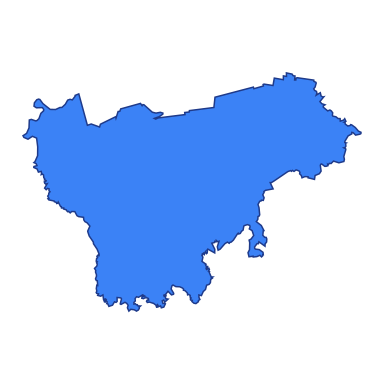 Tempoal, Veracruz, Mexico (Robinson projection)
{"feature_id": "50627088B37050079543362", "entity_name": "Tempoal", "entity_type": "district", "adm_level": 2, "iso_a3": "MEX", "parent_name": "Mexico", "parent_adm1": "Veracruz", "projection": "robinson", "projection_center": [-98.337, 21.55], "detail": "fine", "context": "isolated", "style": "filled", "palette": "blue", "viewbox_px": 384, "rotation_deg": 0, "n_neighbors": 0, "source": "geoboundaries", "source_scale": "gbopen_adm2", "svg_char_len": 5960}
<svg xmlns="http://www.w3.org/2000/svg" viewBox="0 0 384 384"><path d="M128.9,311.1L130.8,309.3L134.3,309.8L136.5,311.1L138.4,310.0L139.3,308.4L139.2,307.2L140.5,306.0L138.0,305.9L137.3,304.7L136.4,304.8L135.3,303.7L134.0,304.1L133.9,302.4L135.3,301.0L135.1,298.5L136.6,296.7L138.5,297.3L142.7,294.8L144.8,296.1L142.1,296.6L141.8,298.3L143.6,298.7L144.7,297.9L146.8,297.8L148.4,298.5L148.6,300.1L147.3,300.0L146.5,301.2L147.3,302.5L149.4,302.1L153.6,303.4L155.9,305.1L156.6,307.2L157.4,307.1L156.9,305.3L157.5,304.6L158.7,306.6L160.6,305.9L161.3,307.8L163.8,307.1L165.4,303.8L164.8,303.3L162.9,303.5L162.2,300.8L163.7,300.0L164.8,302.1L168.1,299.1L165.8,298.7L165.4,297.6L165.9,295.8L164.2,296.4L163.8,295.2L165.5,294.5L168.0,291.3L171.5,294.9L173.5,294.3L173.7,293.3L171.1,288.9L172.0,285.7L173.0,285.0L175.8,286.6L179.8,286.8L182.6,288.1L183.5,289.0L183.4,290.2L185.1,290.7L187.3,292.9L187.6,294.8L188.4,294.4L190.2,295.4L190.1,297.1L191.1,298.0L190.3,298.9L190.6,300.0L192.3,300.4L191.9,301.5L193.9,303.2L195.9,303.6L198.4,301.7L198.4,300.6L199.9,299.5L199.0,297.5L198.9,295.0L201.4,295.6L203.3,291.5L205.5,289.5L206.6,285.2L209.1,284.4L210.4,282.7L210.7,279.4L212.2,278.3L211.6,277.9L212.8,277.0L211.2,276.9L209.2,272.3L209.5,271.6L208.4,271.1L209.4,269.6L208.9,268.3L206.6,269.5L206.1,268.7L206.3,267.7L207.6,268.4L207.7,266.5L206.3,266.3L205.5,264.7L206.0,264.2L202.0,261.4L202.9,257.2L201.9,255.3L202.9,254.7L203.2,254.0L202.6,253.8L203.7,253.0L204.4,254.3L205.4,251.7L206.5,253.6L207.2,253.0L207.4,250.8L206.9,250.3L207.8,249.1L214.7,252.9L214.8,249.3L211.8,243.2L214.6,242.5L214.7,241.4L216.0,241.8L216.2,240.4L217.7,241.7L219.0,241.3L217.3,246.8L218.1,250.2L220.1,249.2L224.9,243.7L227.4,242.1L229.2,243.3L230.0,242.3L231.2,242.1L233.4,240.1L237.4,234.0L238.2,233.2L238.7,234.0L240.3,233.4L241.5,231.3L243.1,230.1L243.8,226.1L244.4,225.6L247.4,224.6L249.7,225.4L250.1,226.9L249.3,228.9L252.1,230.6L253.7,235.5L251.1,239.0L249.1,240.1L249.7,242.7L249.5,249.7L248.0,252.7L249.0,256.8L253.1,256.2L253.2,257.0L256.9,256.6L259.9,255.3L261.5,256.9L262.6,255.9L262.7,254.8L263.3,254.8L263.0,252.3L259.3,249.6L255.4,249.1L254.7,248.4L254.6,246.9L257.1,243.6L258.4,243.7L258.9,241.8L265.0,246.2L265.1,243.9L266.6,242.0L266.8,239.0L266.2,237.4L264.7,237.3L262.8,235.3L263.3,230.5L263.9,230.5L261.3,225.5L256.3,221.6L257.8,219.5L258.0,216.5L259.2,216.0L259.7,214.8L259.0,207.6L258.0,204.4L259.7,201.3L261.3,200.8L261.4,200.2L263.3,200.4L264.1,197.8L262.8,194.8L264.1,192.4L263.9,191.5L265.6,190.3L273.1,188.9L270.2,182.6L271.4,182.6L274.0,181.0L287.8,171.6L290.6,170.6L291.4,171.3L292.4,170.4L294.0,171.4L296.1,169.9L299.0,170.9L299.9,172.3L299.6,173.8L301.3,175.5L302.0,177.8L304.9,176.6L307.4,176.7L308.2,176.9L308.1,177.8L314.5,179.4L315.1,175.5L319.4,173.7L321.1,171.1L320.3,165.3L320.8,164.2L321.7,164.0L324.7,166.3L326.1,166.3L327.9,165.7L327.7,164.4L328.2,164.8L329.3,163.4L331.1,163.5L333.5,161.1L338.9,162.8L343.9,161.5L344.4,159.3L343.8,156.6L345.8,149.6L345.6,148.7L343.9,147.8L345.1,147.5L345.9,146.2L345.6,143.1L346.1,142.9L344.8,142.5L344.9,141.3L348.1,135.9L351.8,133.9L351.8,132.4L353.1,132.6L355.6,135.1L359.9,134.2L360.9,133.6L361.0,132.3L358.4,131.1L355.3,127.5L351.7,124.9L350.7,124.6L350.1,125.5L347.8,126.0L345.2,124.0L345.1,122.5L344.1,122.2L345.9,121.3L344.7,118.7L343.6,120.1L340.3,121.1L340.1,118.6L338.0,118.5L336.0,116.8L332.8,116.1L332.4,115.3L332.7,112.8L331.3,110.9L329.9,110.0L327.7,110.9L323.3,107.2L323.3,105.9L325.0,104.8L321.8,103.7L319.9,101.6L323.8,96.8L322.8,97.0L321.1,96.0L320.3,92.7L316.2,95.2L316.9,93.2L316.5,91.4L314.6,90.4L313.7,88.8L315.1,87.1L316.2,83.1L315.9,82.3L313.9,81.4L313.8,80.1L297.1,77.7L296.0,78.3L295.8,80.0L294.6,80.0L295.0,76.0L293.1,75.7L292.1,74.1L286.4,72.9L286.5,76.4L283.4,75.9L283.3,79.7L274.3,78.1L273.0,85.5L264.0,84.1L263.1,84.5L263.4,86.0L253.9,88.7L253.4,87.1L215.0,97.2L213.9,107.5L189.4,110.6L189.2,112.0L184.7,112.5L185.0,114.6L158.3,117.9L155.7,119.1L154.3,118.4L159.1,116.7L162.8,114.2L162.9,113.1L160.4,112.3L156.0,113.1L152.3,112.2L144.0,104.8L142.9,104.6L142.1,105.7L140.5,103.4L120.7,108.9L119.8,111.3L118.1,111.5L116.0,118.1L115.7,116.7L100.4,124.2L99.6,127.0L91.2,124.0L87.4,125.3L78.8,93.9L75.1,95.4L75.1,96.3L72.3,99.9L70.0,99.3L67.7,100.1L65.3,104.3L62.0,107.4L59.9,107.5L55.6,109.5L50.2,109.4L42.9,103.6L39.9,99.5L38.6,99.1L36.8,99.7L34.4,102.8L34.0,106.2L36.4,107.8L42.4,107.6L43.7,109.4L43.6,110.8L40.9,113.3L38.9,118.7L36.9,120.6L35.7,120.9L31.3,119.4L29.3,120.0L29.0,127.9L26.6,133.4L23.0,135.7L23.9,137.4L28.0,139.2L32.4,136.3L36.6,138.1L37.7,146.9L37.6,155.7L35.0,161.6L33.9,162.6L36.1,163.6L37.0,165.6L33.9,166.5L33.8,167.5L37.1,169.0L38.4,172.1L41.2,171.4L41.6,173.0L41.2,174.6L42.5,174.1L43.5,174.9L43.8,177.7L44.8,179.0L44.4,179.9L46.1,180.6L45.8,181.4L44.3,181.9L44.7,183.2L45.7,184.1L47.2,183.7L44.6,188.1L46.2,189.7L47.6,188.4L49.1,188.9L49.0,190.8L50.0,191.8L48.8,193.1L48.6,194.9L47.7,196.1L48.9,198.3L47.9,198.7L48.8,199.9L54.1,201.0L54.3,201.7L56.3,202.4L56.7,203.5L57.6,203.3L58.2,202.0L60.5,206.4L61.3,206.6L61.5,208.0L63.7,208.0L63.6,209.0L66.2,209.8L67.2,211.3L67.9,211.8L68.6,211.4L70.2,212.9L71.7,211.5L74.8,211.6L77.0,215.7L78.6,216.6L83.5,217.3L83.8,219.9L84.9,221.6L87.1,222.8L89.9,226.1L87.7,231.1L87.9,232.1L89.2,236.0L93.3,242.0L93.5,243.8L97.1,249.2L99.1,254.1L99.0,256.4L98.4,254.7L96.9,256.3L97.6,257.7L96.6,258.5L96.2,261.2L97.3,261.8L96.5,262.8L97.3,264.0L96.8,266.1L94.5,268.4L95.8,270.6L95.5,272.0L96.4,274.5L96.5,276.1L95.5,278.9L96.3,280.5L97.3,280.7L97.7,285.5L96.8,285.2L96.3,288.6L96.8,291.1L96.2,292.5L96.7,293.4L98.5,293.8L97.7,295.4L100.7,296.2L102.9,294.9L103.5,299.3L104.7,299.1L103.8,300.1L104.5,301.9L105.3,302.0L105.5,299.8L106.2,299.8L106.0,300.5L107.2,301.9L106.7,303.6L107.7,303.8L108.9,306.4L112.5,305.2L114.5,301.8L116.0,302.4L117.1,301.5L117.1,297.5L120.8,297.9L121.5,298.9L120.2,303.9L121.0,304.4L125.0,302.3L126.8,303.4L128.1,305.3L127.4,307.8L128.9,311.1Z" fill="#3b82f6" stroke="#1e3a8a" stroke-width="1.5"/></svg>